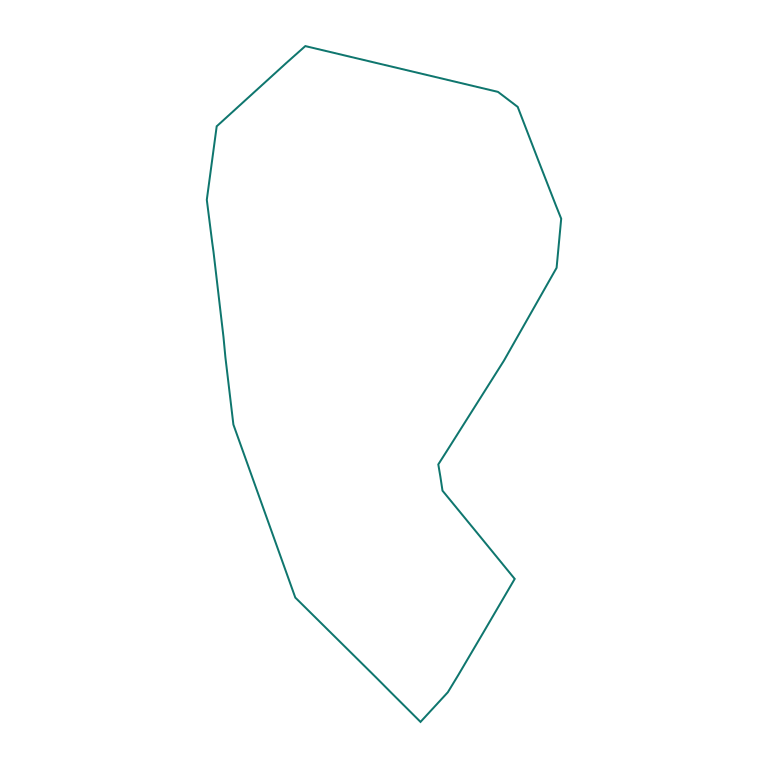 Presidente Dutra, Bahia, Brazil (Natural Earth projection)
{"feature_id": "56859067B99362282210335", "entity_name": "Presidente Dutra", "entity_type": "district", "adm_level": 2, "iso_a3": "BRA", "parent_name": "Brazil", "parent_adm1": "Bahia", "projection": "natural_earth1", "projection_center": [-41.989, -11.318], "detail": "fine", "context": "isolated", "style": "outline", "palette": "teal", "viewbox_px": 768, "rotation_deg": 0, "n_neighbors": 0, "source": "geoboundaries", "source_scale": "gbopen_adm2", "svg_char_len": 507}
<svg xmlns="http://www.w3.org/2000/svg" viewBox="0 0 768 768"><path d="M216.7,126.3L206.8,199.8L212.2,242.4L213.5,251.8L223.5,337.2L225.4,357.3L233.4,424.6L295.3,597.6L376.6,678.0L391.4,692.9L420.5,721.9L447.8,692.3L458.2,675.2L484.7,630.2L514.7,578.9L479.0,535.2L442.5,490.7L440.4,476.8L438.3,464.4L448.3,448.7L503.9,360.7L556.6,267.8L561.2,218.7L556.1,206.0L538.2,160.1L517.7,106.9L509.3,100.5L498.0,91.9L305.3,46.1L292.8,57.2L286.5,62.8L216.7,126.3Z" fill="none" stroke="#0f766e" stroke-width="2"/></svg>